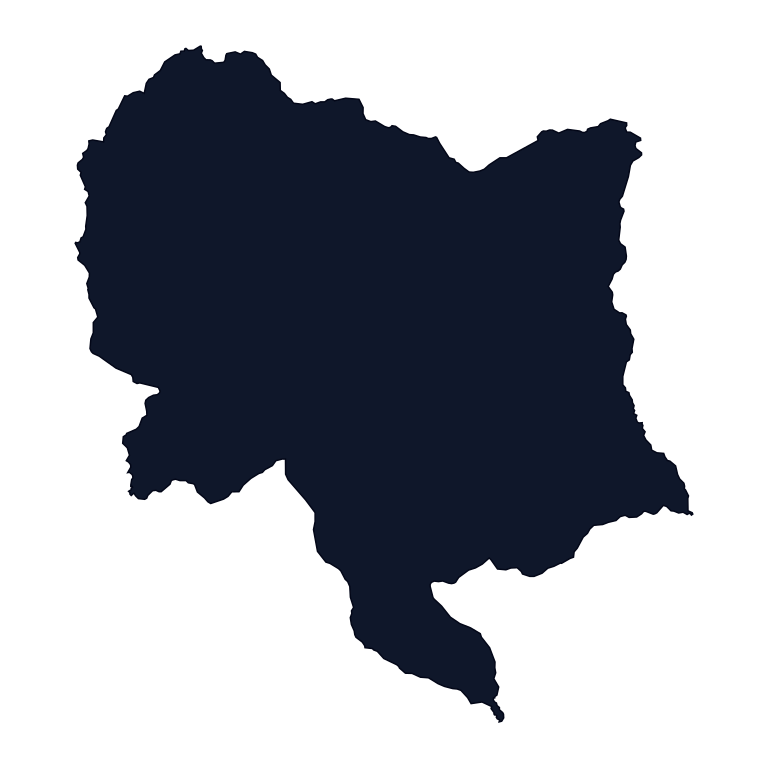 Mamasa, Sulawesi Barat, Indonesia (Albers equal-area conic projection)
{"feature_id": "22746128B65559589019405", "entity_name": "Mamasa", "entity_type": "district", "adm_level": 2, "iso_a3": "IDN", "parent_name": "Indonesia", "parent_adm1": "Sulawesi Barat", "projection": "albers", "projection_center": [119.392, -2.996], "detail": "fine", "context": "isolated", "style": "filled", "palette": "ink", "viewbox_px": 768, "rotation_deg": 0, "n_neighbors": 0, "source": "geoboundaries", "source_scale": "gbopen_adm2", "svg_char_len": 6028}
<svg xmlns="http://www.w3.org/2000/svg" viewBox="0 0 768 768"><path d="M128.6,491.3L130.0,492.6L129.9,494.0L131.2,495.5L133.7,493.3L134.3,493.4L135.4,495.6L138.4,498.6L144.7,499.3L146.7,498.2L147.8,495.4L152.6,490.7L155.9,490.3L159.0,491.7L161.2,491.7L170.0,484.2L171.2,480.9L172.3,480.0L175.5,479.2L180.0,480.6L186.1,480.6L188.3,482.8L193.3,483.7L194.6,484.6L197.4,492.0L204.5,497.9L207.9,501.8L210.7,503.5L223.6,499.1L228.0,496.4L231.8,491.8L239.0,491.7L243.2,485.2L250.9,478.4L258.8,473.5L262.4,472.4L264.8,469.7L272.4,465.6L275.9,460.7L282.4,459.0L285.5,459.1L285.6,474.2L288.1,479.7L305.6,499.9L315.1,512.6L315.1,521.6L313.5,529.6L317.5,551.4L325.9,562.1L330.0,563.4L338.5,568.6L340.8,570.8L345.2,579.3L347.7,581.6L349.8,586.5L350.4,597.3L353.6,607.5L351.5,610.8L351.8,613.5L350.3,617.6L351.4,624.5L354.2,630.8L354.8,634.7L356.0,637.3L362.2,642.0L364.7,645.7L365.0,647.7L372.4,648.5L373.6,649.9L377.3,651.3L383.8,658.5L396.7,664.7L398.7,666.4L399.5,668.1L405.4,673.2L412.1,673.4L420.4,677.2L428.5,677.8L438.1,683.7L444.4,686.4L452.8,688.6L457.2,689.0L461.0,690.4L467.6,697.6L471.1,703.6L482.0,702.0L491.7,706.5L491.1,708.6L494.4,713.1L493.9,713.8L494.5,714.9L495.4,714.7L496.9,716.0L496.3,717.2L497.3,718.9L499.6,719.7L499.1,721.9L501.7,721.2L503.7,717.9L503.5,714.2L502.7,712.6L499.4,709.7L499.4,707.5L497.1,705.6L496.4,703.0L494.5,701.9L493.3,699.8L493.5,697.8L494.7,697.9L494.9,696.5L496.9,695.1L498.7,687.0L493.8,678.7L495.7,672.8L494.8,667.7L495.0,662.0L489.6,647.7L481.4,637.2L480.3,633.7L470.6,627.9L459.8,623.6L450.4,617.2L441.6,606.1L434.2,599.2L433.0,597.6L430.2,586.6L430.1,584.6L431.3,582.4L434.2,581.1L438.6,581.6L442.7,581.0L448.5,583.1L451.6,583.6L454.0,583.1L455.6,582.2L458.7,577.4L468.6,570.1L475.5,567.9L482.3,564.1L489.2,558.0L490.9,559.6L497.5,569.0L505.9,569.8L510.8,568.0L517.2,567.7L521.3,571.5L522.5,574.0L529.8,576.4L534.0,576.4L542.1,573.2L547.8,568.2L553.9,566.3L560.3,563.1L561.6,563.3L570.1,558.4L573.5,557.2L574.1,551.9L577.3,548.1L583.2,537.1L587.5,533.3L589.8,529.1L593.8,525.3L602.7,524.5L608.4,522.3L616.0,520.5L620.2,516.6L624.2,515.5L625.5,515.4L629.1,517.4L636.7,517.0L641.6,513.8L643.7,511.3L645.8,511.3L653.2,514.2L654.7,513.9L656.8,512.8L663.3,505.4L666.6,506.4L671.0,510.8L673.9,511.1L678.7,513.0L683.1,512.2L687.1,514.5L689.2,513.3L690.5,513.8L691.4,515.1L692.8,514.1L692.2,512.7L688.0,510.8L687.8,498.5L688.5,495.9L685.5,489.9L684.3,488.7L684.6,486.2L683.9,483.2L679.7,479.0L677.6,474.6L675.6,465.9L669.9,461.1L667.4,460.5L664.9,456.8L663.7,453.4L656.8,452.8L651.7,450.1L650.8,445.0L645.9,439.9L643.6,435.4L645.1,431.8L642.3,428.4L642.9,425.3L642.1,424.3L642.2,422.7L638.9,423.0L637.3,422.1L635.8,418.2L636.8,415.3L633.6,413.6L634.6,410.5L633.3,408.7L634.1,405.6L632.5,402.7L632.2,399.8L629.5,395.4L628.9,392.6L625.8,391.3L625.4,387.8L622.8,384.8L622.8,376.4L626.4,361.9L629.3,359.9L630.2,354.7L632.3,352.3L632.0,348.6L633.8,339.2L630.7,333.8L630.3,330.0L626.3,324.5L625.4,319.1L626.4,316.2L626.0,314.9L622.1,312.8L619.5,312.9L614.0,309.2L611.7,301.9L612.7,294.9L612.3,292.2L608.2,286.5L612.1,279.0L613.4,274.3L615.5,272.0L618.2,271.0L620.3,269.1L622.2,264.9L624.9,262.2L626.1,259.4L626.4,256.1L625.1,247.1L620.5,243.7L618.7,240.1L620.2,227.2L619.9,223.6L620.6,220.1L624.0,211.2L623.6,209.1L621.1,207.8L620.2,206.7L618.9,201.9L619.8,199.3L622.4,196.2L628.4,176.6L630.4,165.3L632.9,161.0L638.8,157.6L641.6,154.9L641.5,152.8L635.9,148.5L635.0,145.7L635.8,142.0L640.7,140.4L640.5,138.1L630.3,132.2L626.8,132.1L625.4,128.8L625.5,127.1L626.7,125.6L626.6,122.9L610.3,119.2L608.1,120.7L600.5,123.7L598.2,126.6L590.5,127.9L587.6,129.2L587.0,131.3L584.6,132.5L582.4,132.4L579.6,131.0L567.5,129.4L558.8,133.1L552.4,130.1L549.5,130.0L546.3,131.2L543.3,131.0L541.7,131.8L537.3,136.8L538.1,140.5L506.5,157.8L499.9,157.8L489.1,164.9L484.3,169.2L479.9,171.0L473.3,172.3L470.0,172.1L468.9,171.9L463.9,168.2L458.3,163.1L455.8,162.4L454.2,159.2L449.1,157.8L439.7,143.4L436.6,137.4L435.5,136.9L431.4,138.5L428.2,138.5L426.0,137.5L420.3,137.0L413.7,134.9L409.4,134.6L402.9,131.8L395.6,126.3L392.0,125.7L390.4,127.4L388.2,127.7L384.6,126.5L375.4,121.0L370.8,121.6L365.7,119.7L363.0,113.6L363.1,107.5L359.0,99.3L345.6,98.2L334.5,100.8L332.1,99.0L331.0,99.0L327.7,99.7L324.7,101.9L320.5,101.9L315.2,103.8L312.0,101.7L302.7,104.3L293.5,103.2L290.7,99.3L287.4,97.3L284.4,93.4L280.3,90.4L280.1,82.5L271.3,75.1L269.3,69.0L265.2,64.9L262.6,60.5L257.5,57.3L255.7,54.1L252.4,52.7L244.4,51.4L240.5,54.1L235.2,51.9L227.8,53.4L226.7,53.7L225.9,55.3L225.1,60.3L223.7,62.3L214.6,63.2L212.1,60.7L210.3,59.9L206.0,59.8L203.8,57.6L201.3,53.2L202.4,50.5L201.4,48.9L201.2,46.3L200.3,46.1L193.6,50.2L188.4,50.5L185.9,48.4L184.9,48.8L184.2,51.1L180.9,51.2L180.0,53.8L175.0,54.9L164.7,61.9L160.3,70.5L154.5,74.9L153.5,77.5L149.0,79.3L146.3,83.3L144.2,93.4L139.7,91.2L133.2,92.7L127.5,96.2L124.7,95.8L118.3,109.0L116.3,110.4L109.0,126.8L106.8,128.3L106.2,129.6L105.5,131.8L106.4,134.7L103.8,137.9L103.6,141.9L92.7,140.0L88.8,140.9L89.1,144.0L88.1,148.5L86.8,150.5L82.7,153.4L83.6,157.2L82.4,159.4L78.1,162.9L77.4,165.2L77.7,169.1L81.1,172.4L80.3,175.2L85.4,186.8L84.6,189.3L88.1,191.5L89.2,196.0L85.3,202.7L87.0,206.3L87.2,215.6L85.7,226.3L85.9,229.3L83.1,236.8L81.1,237.9L79.9,241.8L77.5,242.8L75.7,242.4L75.2,243.3L79.7,252.3L79.8,253.8L77.7,257.5L78.1,260.0L84.7,265.3L89.4,273.0L89.3,277.0L86.8,283.6L88.2,288.3L87.8,289.7L89.0,294.4L89.0,298.1L94.0,307.8L95.5,309.0L97.8,317.1L93.3,322.5L93.3,332.8L90.9,338.9L90.0,348.6L91.4,351.7L93.1,353.4L99.1,356.1L116.1,368.2L131.3,374.6L132.8,377.3L133.2,381.5L137.0,383.5L139.8,382.9L158.3,387.4L160.1,391.1L159.5,392.9L157.3,394.7L153.4,395.2L148.7,397.5L145.8,400.2L145.1,403.4L146.7,411.1L146.9,415.3L142.2,418.1L139.1,426.5L136.3,429.2L126.7,433.4L126.1,434.9L123.3,436.7L122.7,443.3L127.3,447.8L129.5,455.2L126.3,460.7L128.5,462.0L130.6,464.7L130.8,467.2L127.7,472.6L129.4,472.3L132.0,474.4L132.7,475.8L132.9,477.9L131.7,479.5L130.8,485.0L130.8,486.4L132.2,486.4L132.6,487.2L131.2,488.3L131.2,489.7L128.6,491.3Z" fill="#0f172a" stroke="#020617" stroke-width="1.5"/></svg>